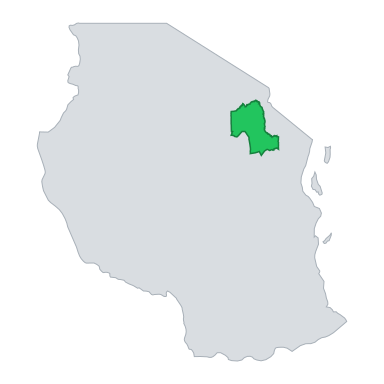 Simanjiro, Manyara, United Republic of Tanzania shown in context
{"feature_id": "72390352B2790991966076", "entity_name": "Simanjiro", "entity_type": "district", "adm_level": 2, "iso_a3": "TZA", "parent_name": "United Republic of Tanzania", "parent_adm1": "Manyara", "projection": "robinson", "projection_center": [37.302, -4.321], "detail": "fine", "context": "in_parent", "style": "filled", "palette": "green", "viewbox_px": 384, "rotation_deg": 0, "n_neighbors": 0, "source": "geoboundaries", "source_scale": "gbopen_adm2", "svg_char_len": 8459}
<svg xmlns="http://www.w3.org/2000/svg" viewBox="0 0 384 384"><path d="M137.6,288.2L133.1,285.5L129.0,283.9L125.6,282.1L124.1,280.3L121.0,279.6L118.2,279.3L115.7,277.7L110.5,277.1L109.9,276.0L109.8,273.5L108.9,272.9L107.0,272.3L105.0,272.3L103.8,272.6L103.0,272.5L101.3,271.0L99.8,269.2L99.2,266.3L96.8,264.4L94.0,263.0L86.4,263.1L85.2,262.7L83.4,261.2L81.3,258.8L79.6,256.0L78.1,252.2L76.5,247.1L67.7,226.8L66.8,223.0L65.1,218.7L62.3,213.5L59.3,209.6L55.3,206.1L50.7,202.6L48.3,200.2L43.5,190.7L42.5,186.2L41.8,181.6L42.1,179.7L45.0,173.7L45.3,172.1L44.9,169.8L43.5,165.0L41.6,159.3L37.8,148.7L37.3,146.1L37.4,144.1L39.5,133.4L39.5,131.9L48.2,132.1L54.6,127.4L60.2,120.4L61.3,117.5L63.5,113.0L65.7,110.8L66.6,109.3L67.9,104.8L70.8,101.8L73.6,99.4L73.0,97.8L73.4,97.2L75.0,96.0L78.0,94.9L78.6,92.6L78.6,89.9L78.1,88.4L78.2,86.7L77.7,85.8L75.7,85.5L72.8,84.2L70.3,83.6L68.7,82.9L68.0,82.3L67.8,80.7L69.1,76.6L67.8,74.9L70.8,68.2L71.4,67.3L72.5,67.2L74.2,66.5L75.9,66.2L77.2,66.4L78.2,66.2L79.0,65.4L79.7,63.1L80.3,59.2L80.0,56.1L78.7,53.7L78.4,50.0L79.0,45.1L78.5,40.9L77.1,37.7L75.7,35.7L73.5,34.8L70.0,29.8L69.0,27.3L69.2,25.8L70.4,25.2L72.6,25.4L74.6,24.8L76.5,23.4L78.4,23.0L79.4,23.3L166.6,23.3L268.6,87.7L269.1,88.4L269.9,94.0L269.7,95.9L268.1,99.1L267.7,100.7L267.6,101.9L268.0,102.4L269.4,102.5L270.5,103.3L270.9,103.9L271.8,106.3L272.9,107.5L311.6,139.1L312.5,139.6L312.0,142.2L309.8,148.7L309.6,151.3L308.8,154.5L308.0,156.6L305.7,165.6L303.8,169.0L301.3,176.9L300.9,183.0L302.3,187.3L302.8,191.2L305.8,195.1L308.2,196.5L309.8,198.3L312.6,202.4L314.3,206.5L319.4,208.5L321.4,213.1L320.7,216.2L318.3,218.8L316.1,223.1L314.3,228.6L314.2,237.1L315.4,235.8L318.1,237.9L318.5,244.2L315.7,251.5L314.8,254.9L314.7,257.8L316.7,266.5L319.8,271.0L319.5,272.4L318.7,273.6L324.0,281.4L323.5,288.3L325.5,293.6L326.4,298.2L327.7,301.7L327.9,304.2L326.3,306.9L330.1,307.6L332.4,309.8L333.4,311.9L336.2,311.8L337.7,313.3L339.9,314.5L344.6,318.0L345.9,319.8L346.7,321.5L333.5,332.7L328.8,335.6L325.4,337.0L321.7,337.7L318.3,339.5L315.0,342.2L310.9,343.6L305.8,343.7L300.4,345.6L292.1,351.4L287.2,348.2L283.3,347.2L278.9,347.3L276.2,347.7L275.3,348.4L274.4,350.3L273.7,353.6L270.8,356.7L265.8,359.7L261.1,360.8L256.8,360.0L253.9,358.8L252.4,357.1L250.2,356.3L247.3,356.4L244.4,357.6L241.8,360.0L237.5,361.0L231.6,360.6L228.4,359.5L228.0,357.6L225.4,355.3L220.6,352.7L217.2,352.7L214.9,355.2L212.9,356.7L211.1,357.4L209.4,357.4L207.0,356.8L200.5,356.5L194.3,356.6L193.7,353.0L192.4,350.8L191.3,349.5L189.2,349.2L188.6,348.1L187.8,345.9L186.8,344.0L185.4,342.4L184.6,340.9L184.3,339.6L184.5,338.1L185.8,334.4L186.2,331.8L186.0,329.2L185.3,326.6L183.8,323.4L184.0,322.5L183.5,320.3L183.4,318.8L183.7,316.9L183.4,314.5L182.2,309.2L182.1,307.8L180.8,305.3L176.7,299.2L176.5,298.4L170.0,292.3L167.5,291.0L166.5,292.1L166.2,293.2L166.5,295.1L166.3,296.1L166.0,296.5L164.5,296.5L163.6,296.2L161.1,294.6L159.2,294.2L154.5,294.5L152.8,294.9L151.5,294.5L149.0,291.7L146.1,291.1L143.5,291.0L139.1,287.8L137.6,288.2ZM320.1,186.3L322.2,193.0L321.9,194.3L320.4,195.0L319.7,195.1L318.7,194.0L318.1,191.8L316.9,192.3L315.0,189.6L313.1,189.5L311.4,186.2L312.0,183.4L311.7,178.6L313.7,176.2L314.9,172.0L316.2,174.9L316.5,179.3L318.3,184.4L320.1,186.3ZM330.4,146.3L330.6,147.9L330.1,149.4L330.2,154.2L330.0,157.3L328.5,161.7L327.2,163.3L326.0,162.8L325.0,162.1L324.3,160.9L325.8,152.9L325.1,147.0L328.0,147.5L330.4,146.3ZM326.0,243.1L324.5,243.5L323.9,243.1L323.0,241.8L324.6,240.7L326.1,238.5L329.8,235.3L331.4,232.8L331.2,235.3L329.1,240.7L327.4,241.1L326.0,243.1Z" fill="#d9dde1" stroke="#a8b0b8" stroke-width="1"/><path d="M242.8,103.6L242.7,104.0L242.5,104.4L242.1,104.7L242.1,104.9L242.4,105.4L242.3,105.5L242.1,105.6L242.0,105.4L241.7,105.4L241.4,105.5L241.4,105.9L241.3,106.0L241.2,106.0L241.0,106.3L240.9,106.2L240.6,106.2L240.5,106.4L240.1,106.6L240.1,107.1L240.1,107.4L239.9,107.5L239.9,107.8L239.7,107.8L239.7,108.0L239.4,108.0L239.1,108.3L239.0,108.5L238.8,108.6L238.7,108.6L238.3,108.6L238.2,108.6L238.1,108.8L237.8,109.0L237.7,109.2L237.6,109.4L237.4,109.6L237.2,109.6L237.1,109.9L236.6,110.2L236.5,110.5L236.3,110.8L234.6,111.1L233.8,111.3L231.2,111.5L231.1,112.8L231.0,113.2L231.1,114.5L231.0,115.9L231.2,116.8L231.2,118.5L231.1,118.9L231.2,120.1L231.1,120.4L231.2,121.2L231.1,121.7L231.2,122.4L231.1,123.0L231.3,125.4L231.4,131.2L232.5,131.5L232.4,131.6L232.1,132.4L231.8,132.8L232.0,133.0L232.0,133.5L231.5,134.2L231.2,135.3L232.1,135.2L232.6,135.3L232.8,135.5L233.2,135.6L233.7,135.5L234.0,135.7L234.0,135.9L234.8,136.5L235.1,136.6L235.5,136.6L236.9,136.9L237.1,136.8L238.4,135.6L239.8,134.0L240.5,133.2L242.0,131.5L245.0,131.5L246.3,133.3L246.9,134.3L249.0,137.3L249.0,139.7L249.2,140.1L249.6,142.6L249.9,144.2L250.2,146.4L250.4,147.8L250.5,149.6L250.3,151.0L250.3,151.9L250.4,153.0L250.3,153.6L255.3,152.8L257.3,152.2L259.3,151.5L261.3,155.4L264.2,151.5L264.4,151.1L267.0,149.4L267.3,149.4L268.2,149.7L269.6,150.5L269.8,150.5L271.2,149.8L272.0,149.6L272.2,149.8L272.6,150.0L272.9,150.2L273.1,149.9L273.5,150.0L273.7,149.9L273.7,149.7L273.8,149.7L273.7,149.5L273.9,149.3L273.8,149.2L274.0,149.0L274.1,148.8L274.2,148.7L274.3,148.7L274.7,148.7L274.9,148.5L275.4,148.4L275.4,148.6L275.5,148.6L275.8,148.5L275.8,148.3L275.9,148.2L276.2,148.2L276.4,148.2L276.7,148.0L276.9,148.1L277.0,148.0L277.3,148.2L277.3,148.3L277.5,148.4L277.5,148.5L277.7,148.8L278.0,148.9L278.3,149.0L278.4,148.9L278.5,149.0L278.4,146.6L278.5,145.0L278.4,144.0L278.5,142.3L278.4,142.0L278.2,141.8L278.0,141.4L278.4,140.1L278.4,138.8L278.5,137.0L278.4,137.0L278.2,136.8L277.6,136.5L277.4,136.6L276.9,136.6L276.7,136.6L276.7,136.3L276.9,136.2L276.7,136.0L276.7,135.8L276.4,136.0L276.3,135.9L276.1,135.9L276.1,136.1L275.8,136.0L275.6,136.1L275.4,135.9L275.3,136.0L275.2,136.0L274.9,136.1L274.7,135.9L274.4,136.0L274.2,135.7L274.0,135.9L273.9,135.9L273.8,136.0L273.7,136.0L273.4,136.2L273.4,136.3L273.3,136.5L273.0,136.5L272.7,136.8L272.4,136.8L272.2,136.7L271.9,136.5L271.8,136.9L271.5,136.4L271.4,136.0L271.1,136.1L271.1,135.9L270.7,135.9L270.8,135.7L270.7,135.7L270.6,135.4L270.6,135.5L270.3,135.4L270.2,135.2L269.9,135.1L269.9,134.9L269.8,134.5L269.4,134.4L269.5,134.2L269.4,134.3L269.2,134.2L268.6,134.0L268.2,134.2L268.0,133.9L267.9,133.9L267.9,133.6L267.6,133.6L267.5,133.3L267.2,133.3L267.1,133.2L266.9,133.0L267.0,132.8L266.6,132.7L266.1,132.5L266.1,132.4L266.0,132.2L265.8,132.0L265.7,132.0L265.6,131.9L265.4,131.6L265.2,131.4L265.0,131.2L264.9,130.8L264.9,130.7L264.6,130.3L264.7,130.2L264.4,129.7L264.5,129.4L264.4,129.3L264.4,128.9L264.4,128.7L264.6,128.8L264.7,128.5L264.8,128.4L264.7,128.1L264.5,127.8L264.5,127.4L264.7,127.2L264.9,127.1L264.9,126.8L264.9,126.7L265.0,126.5L264.9,126.4L264.8,126.1L264.7,125.8L264.7,125.3L264.6,125.1L264.5,124.8L264.5,124.5L264.6,124.4L264.5,123.8L264.7,123.5L264.7,123.3L264.5,123.2L264.8,122.7L264.8,122.4L265.0,122.1L265.0,121.9L265.0,121.5L265.0,121.0L264.8,120.8L264.9,120.6L264.8,120.4L264.7,120.0L264.7,119.7L264.4,119.3L264.4,119.1L264.5,119.0L264.4,118.5L264.3,118.3L264.2,118.4L263.8,118.1L263.9,117.9L263.8,117.6L263.6,117.0L263.7,116.9L263.7,116.7L263.5,116.4L263.6,116.2L263.6,115.6L263.7,115.4L263.7,115.0L263.7,114.8L263.6,114.7L263.6,114.4L263.6,114.2L263.4,114.1L263.2,114.1L263.3,113.8L263.3,113.6L263.2,113.5L263.3,113.3L263.5,113.2L263.4,113.1L263.5,112.9L263.5,112.7L263.6,112.4L263.7,112.2L263.7,111.9L263.6,111.5L263.1,110.8L262.6,109.8L262.7,109.6L262.4,109.0L262.4,108.8L262.2,108.3L262.1,107.7L261.9,107.6L261.8,107.3L261.7,107.3L261.6,107.2L261.2,106.9L261.0,106.7L260.6,106.4L260.3,106.2L260.1,105.6L260.0,105.3L259.9,105.1L259.9,104.9L259.8,104.7L259.7,104.7L259.4,104.3L259.4,104.0L259.2,103.9L259.3,103.6L259.2,103.6L259.3,103.5L259.2,103.5L259.2,103.4L259.2,103.5L259.1,103.2L259.0,102.9L259.1,102.5L259.2,102.4L259.1,102.0L258.9,101.8L258.7,101.9L258.4,101.7L257.9,101.9L257.7,101.7L257.5,101.8L257.3,101.6L257.1,101.6L257.1,101.4L256.9,101.4L256.9,100.9L256.7,100.9L256.7,100.6L256.4,100.5L256.1,100.4L255.8,100.7L255.6,100.6L255.4,100.4L255.3,100.5L255.2,100.8L254.9,100.9L254.6,101.5L254.2,101.3L253.8,101.4L253.8,101.2L253.5,101.3L253.2,101.6L252.9,101.5L252.7,101.5L252.4,101.7L252.2,101.7L252.0,101.9L251.9,101.8L251.5,101.9L251.3,102.0L251.1,102.2L251.0,102.3L250.8,102.7L250.2,103.2L250.1,103.5L249.8,103.9L249.8,104.2L248.6,104.2L247.7,105.0L247.5,104.6L246.9,104.6L246.7,105.3L246.2,106.6L245.2,106.8L245.2,106.5L244.3,105.1L243.2,103.8L242.8,103.6Z" fill="#22c55e" stroke="#15803d" stroke-width="1.5"/></svg>